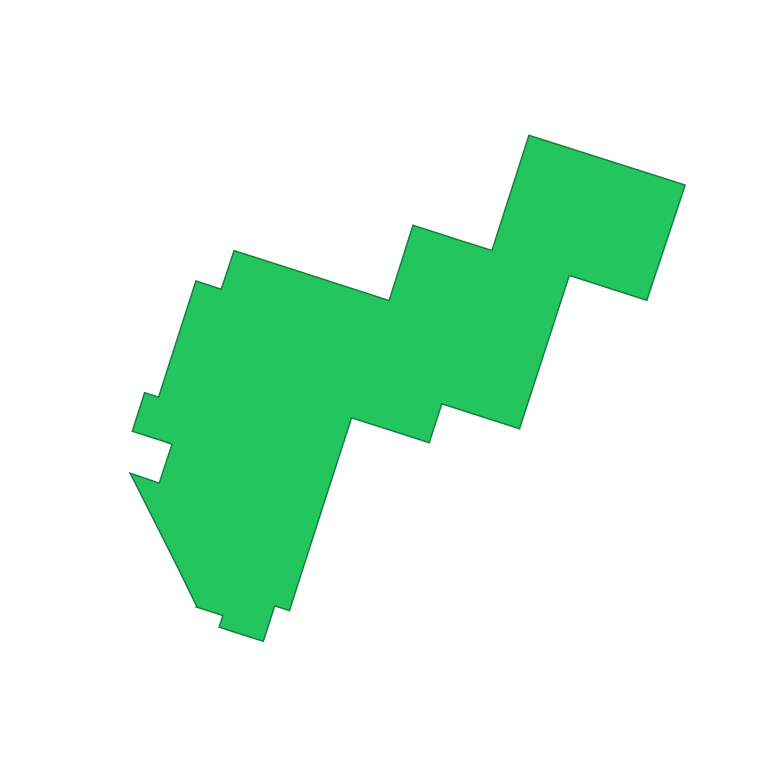 Sargento Cabral, Chaco, Argentina, rotated 108°
{"feature_id": "61730980B7894377458839", "entity_name": "Sargento Cabral", "entity_type": "district", "adm_level": 2, "iso_a3": "ARG", "parent_name": "Argentina", "parent_adm1": "Chaco", "projection": "albers", "projection_center": [-59.491, -26.781], "detail": "fine", "context": "isolated", "style": "filled", "palette": "green", "viewbox_px": 768, "rotation_deg": 108, "n_neighbors": 0, "source": "geoboundaries", "source_scale": "gbopen_adm2", "svg_char_len": 1047}
<svg xmlns="http://www.w3.org/2000/svg" viewBox="0 0 768 768"><g transform="rotate(108 384 384)"><path d="M344.1,594.7L450.8,594.4L451.6,594.4L466.1,594.3L466.2,598.6L466.2,603.6L466.2,609.0L506.7,608.8L506.6,577.0L506.8,567.0L532.8,567.1L547.8,567.1L547.4,588.3L547.3,598.0L555.6,589.5L575.1,570.2L624.7,521.0L625.8,520.0L653.7,493.0L654.1,493.5L654.0,465.7L666.2,465.7L666.2,446.0L666.0,419.3L662.1,419.3L648.7,419.3L628.7,419.4L628.7,403.9L588.5,404.1L587.7,404.1L505.6,404.3L426.7,404.4L426.2,404.4L426.0,365.8L425.9,336.9L425.9,322.8L421.4,322.9L397.5,322.9L385.0,322.9L384.7,243.7L384.7,241.3L224.0,241.3L223.5,241.3L223.2,163.9L223.2,159.9L221.4,159.9L202.8,159.8L142.2,159.3L109.6,159.1L101.8,159.0L101.8,169.4L102.7,319.4L102.7,323.0L103.2,323.0L213.4,322.6L222.4,322.5L223.7,322.5L223.9,346.9L224.0,360.2L224.0,363.1L224.0,363.5L224.0,364.4L224.1,405.5L303.1,404.9L303.2,485.5L303.2,485.8L303.3,525.0L303.5,562.6L303.5,567.8L335.5,568.0L344.3,568.1L344.1,581.5L344.1,594.7Z" fill="#22c55e" stroke="#15803d" stroke-width="1.5"/></g></svg>